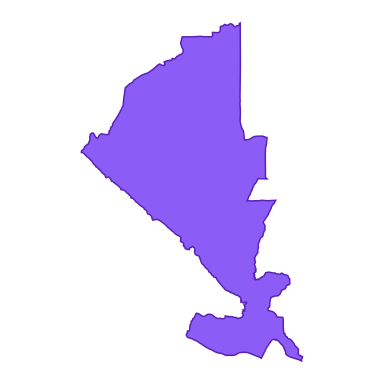 the district of Songwe, Mbeya, United Republic of Tanzania
{"feature_id": "72390352B69788666323478", "entity_name": "Songwe", "entity_type": "district", "adm_level": 2, "iso_a3": "TZA", "parent_name": "United Republic of Tanzania", "parent_adm1": "Mbeya", "projection": "albers", "projection_center": [32.779, -7.825], "detail": "fine", "context": "isolated", "style": "filled", "palette": "violet", "viewbox_px": 384, "rotation_deg": 0, "n_neighbors": 0, "source": "geoboundaries", "source_scale": "gbopen_adm2", "svg_char_len": 6037}
<svg xmlns="http://www.w3.org/2000/svg" viewBox="0 0 384 384"><path d="M81.5,150.8L81.4,152.5L82.3,152.3L84.3,153.9L87.1,156.9L88.4,157.6L92.6,162.2L93.5,163.9L95.7,165.8L95.8,166.5L96.2,167.0L97.2,167.3L98.3,168.8L100.7,170.6L101.7,172.5L104.7,174.8L105.1,175.4L105.6,177.2L106.7,177.8L107.7,177.1L108.8,177.0L109.1,177.2L111.1,179.8L111.5,181.2L112.7,181.4L114.1,182.8L117.8,185.4L120.7,188.3L121.0,189.6L121.4,189.8L123.6,189.9L126.1,191.9L126.7,192.8L127.6,193.5L128.3,193.6L128.8,194.0L129.0,195.0L130.3,195.5L131.0,196.5L130.8,197.6L131.4,198.1L132.5,198.1L133.3,198.7L135.4,200.9L136.1,202.1L137.6,202.9L139.9,205.2L143.5,207.6L144.3,209.0L146.6,210.7L147.6,213.7L148.1,214.0L149.4,214.2L151.0,215.6L151.7,216.8L152.0,218.6L152.5,219.4L152.5,219.0L152.8,219.5L153.8,219.9L157.3,219.4L160.4,220.9L166.1,225.3L167.7,227.3L170.4,229.3L171.7,230.7L174.0,232.4L174.5,233.2L176.6,234.8L179.9,236.3L180.6,237.2L180.8,238.0L180.5,241.2L180.7,241.6L183.3,242.8L183.6,243.6L183.4,245.5L184.0,245.8L183.9,246.5L185.2,247.3L185.1,248.4L186.6,249.4L188.7,249.5L189.1,249.7L189.4,249.5L189.5,248.7L190.1,247.7L191.6,247.3L192.1,246.4L192.7,246.5L193.4,247.3L194.0,247.5L194.9,249.1L194.5,252.5L195.5,254.5L196.8,255.4L198.3,255.6L199.2,256.3L201.5,262.9L202.8,264.5L204.1,265.5L205.3,267.5L208.2,269.9L208.9,271.8L210.4,272.9L210.0,272.2L212.1,275.3L213.9,276.2L213.4,276.0L213.6,276.9L215.8,277.4L217.7,280.8L224.3,288.6L226.3,290.4L229.1,291.4L229.7,292.0L230.5,292.0L230.3,292.4L230.6,292.6L232.3,293.0L236.5,295.3L237.9,295.4L238.8,296.0L239.2,296.8L240.4,297.1L241.2,299.5L241.1,300.2L240.8,300.2L240.9,302.1L241.5,302.0L243.5,303.1L245.3,302.1L246.0,302.4L246.6,302.4L246.6,302.9L245.8,303.8L244.0,304.9L245.0,306.5L244.7,307.3L245.0,308.6L244.7,309.5L243.4,309.9L244.2,310.2L244.5,311.1L243.2,311.1L242.5,311.9L242.6,313.0L242.3,313.5L243.2,314.3L243.2,315.3L242.5,316.2L242.6,316.6L242.1,317.3L241.0,317.4L240.5,317.9L238.4,318.3L238.1,318.7L236.0,317.4L234.8,317.6L232.0,316.7L228.7,316.5L228.2,316.7L227.2,316.2L225.2,316.0L225.5,317.6L223.3,318.8L222.3,318.9L220.6,318.3L217.9,318.5L215.8,317.7L214.0,316.5L213.0,315.5L210.3,314.2L208.1,314.3L206.6,314.9L205.5,316.0L203.3,316.4L202.4,316.2L198.9,313.8L196.5,313.2L195.9,314.0L194.2,317.6L193.5,318.4L192.7,318.9L192.5,320.0L191.9,320.8L191.1,321.3L191.2,323.3L190.1,324.7L190.2,325.7L189.8,326.7L189.8,329.5L189.0,330.8L187.4,331.1L187.2,333.2L186.3,334.5L186.5,335.7L187.3,336.9L188.4,337.7L192.2,338.8L195.0,340.3L196.8,341.0L206.1,347.2L210.1,349.3L211.1,349.5L214.7,351.6L217.6,352.8L222.2,353.6L224.0,354.6L226.2,355.4L231.1,355.2L231.6,355.5L235.3,355.0L239.3,352.6L244.8,352.3L247.6,352.5L258.4,356.7L261.4,358.2L266.1,348.7L267.8,345.8L271.2,340.9L272.0,339.9L272.9,339.3L275.5,339.9L275.3,339.4L276.0,339.2L278.2,341.0L279.0,341.3L280.0,342.9L283.1,346.0L285.5,351.8L285.9,354.2L286.3,354.6L288.2,356.0L290.6,357.1L298.9,359.7L301.6,361.0L301.5,358.9L302.4,357.7L302.6,356.8L302.2,356.4L301.3,356.4L300.9,355.7L299.1,355.1L298.3,354.2L298.4,349.2L296.6,347.0L295.3,346.3L294.1,343.8L292.1,341.0L290.4,339.4L288.2,338.6L287.5,338.0L286.9,336.8L285.1,335.7L285.3,334.8L284.8,333.6L284.6,333.3L283.8,333.4L283.3,327.5L283.3,320.0L282.9,317.6L281.9,317.2L278.8,317.2L276.7,316.8L276.7,316.0L275.8,314.3L273.3,312.0L272.1,311.5L268.4,310.6L267.8,309.2L268.5,307.6L269.3,307.3L269.7,306.6L269.9,301.9L270.5,299.0L271.2,297.4L274.7,296.1L277.9,295.8L278.9,295.2L280.1,294.0L281.6,290.6L282.1,290.1L285.3,288.7L286.9,285.3L288.8,284.8L289.7,284.0L289.9,283.1L289.6,282.0L289.8,279.1L289.1,278.7L288.0,275.8L287.2,275.2L284.6,274.8L281.9,273.2L281.4,273.2L280.1,274.1L277.9,274.1L275.6,273.5L274.7,272.8L273.2,273.1L269.0,272.1L265.8,272.6L263.7,276.2L260.6,277.7L258.8,279.7L258.2,279.6L257.9,279.1L257.2,279.2L256.3,279.8L255.4,279.9L255.0,279.7L254.6,279.3L255.2,278.9L255.2,277.8L254.3,277.4L254.3,276.9L253.9,276.5L254.6,276.2L254.6,275.2L254.0,275.3L254.4,273.6L253.7,273.3L255.7,271.8L255.9,271.3L255.3,270.4L256.1,269.6L255.7,269.1L255.8,268.7L255.4,268.5L255.5,267.0L254.2,264.3L254.9,263.7L255.4,262.2L255.3,261.0L254.5,260.3L255.0,259.0L254.8,258.7L254.2,258.6L254.1,257.9L255.2,257.0L255.9,255.4L257.8,252.7L257.8,249.6L258.5,247.7L258.1,245.1L258.5,243.1L259.2,242.0L260.2,238.5L262.9,236.1L263.2,233.5L265.0,229.7L264.8,227.8L265.1,226.3L264.4,224.3L263.4,223.1L263.3,221.9L268.3,214.5L269.2,212.0L270.6,209.5L271.6,206.6L272.9,204.5L273.9,203.7L275.7,200.3L268.0,200.7L261.5,200.3L258.2,200.8L255.6,200.7L251.1,201.0L248.0,200.6L247.1,201.1L247.0,200.8L248.2,198.3L248.6,196.9L250.3,194.1L251.2,191.3L252.2,189.8L252.8,187.5L254.4,184.5L256.3,182.2L258.1,178.7L267.0,178.9L265.7,177.6L265.5,176.7L265.3,154.6L265.5,148.0L266.6,143.5L266.5,141.8L266.8,140.5L267.0,137.6L262.3,136.1L256.8,136.2L254.5,136.5L252.5,137.3L250.8,138.6L248.8,139.5L244.5,139.9L243.5,131.3L241.9,128.1L240.7,124.5L240.1,121.4L240.4,111.0L239.9,103.1L240.2,101.3L240.0,97.3L240.4,64.9L240.2,23.0L239.4,23.4L239.3,24.5L238.5,25.5L236.2,26.0L235.2,26.9L233.7,26.2L232.8,24.6L230.9,23.8L230.0,23.8L228.8,24.7L227.1,25.3L225.7,24.9L224.9,24.4L224.2,24.6L223.3,25.9L221.2,26.1L220.4,26.6L220.2,30.2L219.8,31.4L218.9,32.4L217.3,32.6L212.5,32.4L212.5,35.6L212.3,36.6L211.7,36.8L204.0,36.7L200.0,36.3L192.0,36.9L182.7,36.8L182.1,37.1L180.6,43.2L181.9,47.4L182.8,48.8L183.2,50.7L182.9,52.5L181.7,54.0L179.1,55.0L178.1,56.1L176.9,56.3L175.1,58.8L172.4,58.4L172.1,58.7L171.8,60.0L171.3,60.4L169.7,60.2L169.2,60.7L168.1,60.5L166.3,61.1L165.7,61.9L165.0,61.5L164.1,61.8L165.0,64.8L164.6,65.3L162.2,65.4L159.7,64.0L158.0,64.9L153.9,68.6L148.3,72.7L142.2,74.9L133.8,80.2L132.8,82.2L129.2,84.2L125.3,87.7L123.5,101.0L123.2,105.3L120.8,110.4L117.9,115.7L112.6,123.9L112.5,126.2L111.3,126.8L110.7,127.6L110.4,129.7L109.0,131.3L108.9,134.1L107.9,134.5L106.1,134.6L101.1,133.8L99.1,135.4L97.8,138.0L97.0,138.3L95.3,136.7L94.0,133.9L93.0,133.0L91.8,133.0L90.1,134.6L90.4,135.5L89.7,136.7L90.0,139.5L88.8,142.7L88.2,143.9L84.7,146.5L83.9,148.8L81.5,150.8Z" fill="#8b5cf6" stroke="#5b21b6" stroke-width="1.5"/></svg>